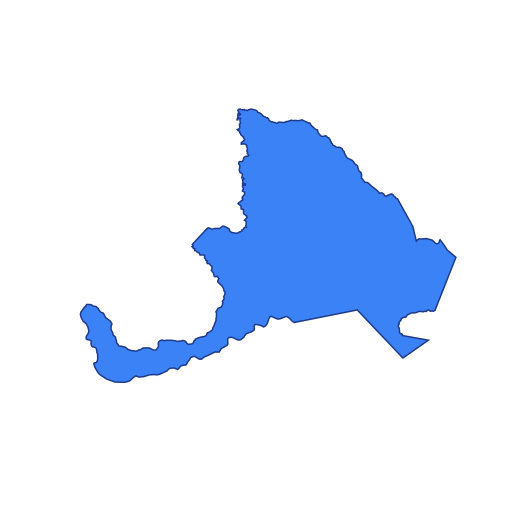 outline of Riachão, Maranhão, Brazil, rotated 71°
{"feature_id": "56859067B63630891842305", "entity_name": "Riachão", "entity_type": "district", "adm_level": 2, "iso_a3": "BRA", "parent_name": "Brazil", "parent_adm1": "Maranhão", "projection": "mercator", "projection_center": [-46.708, -7.747], "detail": "fine", "context": "isolated", "style": "filled", "palette": "blue", "viewbox_px": 512, "rotation_deg": 71, "n_neighbors": 0, "source": "geoboundaries", "source_scale": "gbopen_adm2", "svg_char_len": 6143}
<svg xmlns="http://www.w3.org/2000/svg" viewBox="0 0 512 512"><g transform="rotate(71 256 256)"><path d="M246.7,431.9L248.2,433.6L248.5,434.8L252.3,440.1L254.2,441.1L257.0,441.3L261.2,440.8L264.9,438.6L268.2,438.1L270.8,438.2L272.4,438.5L274.2,439.5L276.8,442.7L278.8,443.5L279.9,443.1L281.8,439.9L282.5,439.5L284.6,440.4L287.2,440.8L288.6,440.3L289.1,439.1L290.4,437.6L291.6,437.2L293.4,437.3L295.3,437.8L297.5,437.8L301.2,439.0L303.0,439.8L304.8,441.7L304.4,443.7L304.9,444.4L308.7,444.6L314.6,443.4L317.1,442.4L323.6,437.4L329.2,430.5L332.6,421.6L332.9,419.1L333.0,416.1L331.2,412.2L330.4,409.5L330.4,408.5L332.4,406.0L332.7,405.0L333.5,401.4L333.7,395.4L335.0,390.8L336.1,388.4L336.5,386.2L335.7,377.7L334.3,374.9L334.3,373.3L335.2,370.0L337.7,367.1L337.5,366.1L335.7,363.4L335.5,362.1L335.6,360.1L336.2,358.2L335.9,357.0L334.3,355.6L332.3,352.4L331.1,351.3L330.7,350.1L330.7,347.2L331.8,345.9L335.0,343.3L335.8,341.2L334.6,337.5L334.3,332.9L333.4,326.2L334.8,322.1L332.1,318.7L331.2,312.6L330.2,311.3L325.5,309.9L324.7,309.3L324.3,308.3L324.8,305.9L325.5,304.5L329.3,300.7L330.1,298.9L330.1,297.2L328.7,293.7L327.7,292.7L326.3,290.4L326.2,284.9L325.5,282.1L324.7,281.4L322.4,280.7L320.6,279.7L320.5,278.7L322.2,275.6L323.9,273.4L325.6,271.8L325.1,269.4L323.3,267.1L319.5,264.3L317.8,262.0L318.1,261.1L322.2,256.7L322.9,255.5L323.2,253.4L323.0,247.4L323.5,246.3L326.0,244.5L329.5,243.0L331.3,241.5L339.7,179.9L339.8,177.9L400.3,150.3L391.7,120.4L378.9,143.4L378.0,143.1L377.1,143.6L376.5,144.6L375.1,145.2L370.8,144.0L370.0,144.4L367.7,143.9L366.8,142.6L365.6,142.7L363.7,139.6L362.6,139.3L362.0,136.8L362.6,134.2L361.0,132.0L360.4,127.6L360.9,126.5L361.7,122.6L361.5,121.7L361.6,119.2L363.3,115.9L363.1,114.1L363.9,113.3L362.9,111.0L363.5,110.2L365.0,109.1L365.2,107.6L366.0,106.2L365.7,104.5L322.3,67.4L312.7,73.2L308.5,74.2L300.6,76.6L301.0,77.3L303.0,78.6L303.4,80.0L303.3,81.2L302.2,82.3L298.5,84.1L295.0,89.1L293.8,94.0L292.8,96.4L293.3,98.1L294.2,99.6L279.3,98.1L247.9,103.6L247.4,104.6L245.6,105.2L243.9,106.4L243.0,106.4L241.9,107.1L241.4,107.8L241.4,108.7L241.5,112.2L242.1,113.1L240.9,114.7L238.9,115.1L237.2,116.4L236.8,119.1L235.9,119.0L232.9,120.5L227.9,123.8L222.9,126.5L221.6,129.2L218.3,130.1L216.7,130.9L213.9,129.8L212.3,129.5L211.1,129.6L209.4,130.8L208.2,131.0L203.6,130.8L201.0,132.6L198.4,133.2L196.7,134.1L192.9,138.0L187.4,138.9L186.0,138.7L184.5,139.4L182.5,139.6L180.5,141.3L179.5,144.4L177.2,146.0L176.2,147.3L174.7,147.3L173.7,147.9L172.6,147.7L171.6,148.2L169.8,148.0L169.2,148.5L168.2,148.6L166.9,149.9L165.6,150.3L164.8,151.6L165.0,152.6L164.5,154.7L163.4,155.6L159.9,157.1L156.8,156.8L155.5,158.6L150.6,161.2L147.7,161.8L147.3,163.1L143.0,167.5L142.3,168.0L141.9,171.9L140.7,174.4L140.0,176.9L139.1,178.5L139.1,182.0L138.7,183.9L139.1,185.3L137.9,188.6L136.9,190.4L136.9,191.5L137.4,192.4L137.3,193.2L136.0,194.5L135.7,195.4L134.7,196.4L134.2,197.7L132.1,199.5L130.6,199.4L129.0,200.1L128.6,201.3L127.3,202.2L126.7,203.3L123.5,204.8L121.6,206.2L120.8,207.7L119.7,207.6L118.0,208.8L115.5,212.6L115.3,215.3L115.7,217.0L114.8,217.5L114.5,219.3L113.6,219.5L113.4,221.1L112.6,222.6L111.8,223.3L111.7,224.5L112.3,225.8L114.4,225.4L115.5,226.5L116.2,224.7L117.0,224.5L117.5,225.8L116.7,227.1L117.6,227.8L118.8,227.7L120.0,229.0L121.0,229.6L121.3,228.8L119.6,227.7L120.9,225.8L121.8,226.9L125.5,227.5L126.0,228.7L129.7,229.7L130.5,230.5L130.2,231.2L130.3,232.6L131.5,232.1L133.0,230.8L134.0,231.3L135.1,230.8L136.7,230.8L138.8,229.5L141.5,228.9L142.4,228.9L144.2,233.1L145.6,233.5L146.0,230.8L147.5,229.2L148.5,228.7L149.6,229.4L150.9,229.0L152.0,229.2L153.5,230.4L154.4,230.5L155.1,230.1L156.2,230.9L158.3,230.1L159.1,231.2L158.4,232.8L158.9,235.3L161.1,236.8L162.3,238.4L161.4,240.6L161.6,241.5L162.4,242.1L163.6,242.4L165.5,241.8L169.4,243.9L171.8,243.9L173.5,242.5L174.5,242.2L177.4,244.1L178.0,242.6L179.1,242.2L179.4,243.9L182.3,244.4L183.2,245.2L184.4,245.1L185.9,246.2L188.2,245.9L189.5,247.4L190.3,247.7L191.8,246.1L194.0,246.6L195.5,249.5L197.0,250.3L197.7,249.8L198.8,250.5L198.8,251.8L199.6,252.9L199.8,254.8L200.7,256.0L203.2,254.3L204.3,254.0L206.6,254.8L207.5,253.3L208.2,252.7L210.9,253.8L212.3,253.8L213.2,252.9L214.3,252.7L214.9,251.8L216.6,251.8L218.4,255.3L219.1,254.4L220.4,254.2L223.1,255.1L224.1,255.9L225.6,255.7L225.3,257.7L226.8,259.6L226.7,260.8L227.6,261.4L228.0,262.6L227.9,264.4L228.3,265.9L228.1,267.2L225.7,271.5L223.9,272.7L222.0,272.5L221.2,272.8L217.3,276.7L216.9,277.7L218.1,281.5L216.6,285.6L216.3,289.0L214.0,291.5L213.8,292.7L224.3,312.5L225.8,312.0L226.5,312.5L226.3,313.4L228.6,312.7L229.1,311.5L230.1,312.1L231.1,312.1L231.5,311.0L233.5,310.2L234.4,308.8L236.8,308.6L238.1,304.9L238.8,304.4L241.1,305.4L242.2,304.7L244.0,304.8L244.8,303.5L246.4,304.7L247.4,304.3L247.9,302.8L251.6,301.2L253.7,301.7L255.0,302.9L258.3,301.8L261.5,302.1L262.2,301.7L262.6,299.5L265.1,298.4L267.0,300.2L267.9,300.6L268.7,300.4L273.2,297.9L276.1,297.3L278.7,297.6L280.2,297.1L282.4,298.1L283.9,299.8L285.0,299.8L286.3,300.3L287.9,302.6L289.1,302.4L291.9,304.1L292.3,305.0L293.0,305.4L293.1,308.9L295.8,312.1L297.0,311.9L300.6,313.2L302.4,314.3L303.8,314.6L306.2,316.9L308.5,318.5L309.3,319.7L311.6,321.3L312.8,324.5L312.8,327.0L315.1,329.0L315.3,331.4L314.7,334.3L314.6,337.5L315.0,340.5L315.9,341.3L316.2,342.5L317.2,343.1L318.1,344.3L318.2,345.4L317.8,347.6L317.0,349.4L314.1,350.3L313.0,351.1L311.9,353.0L312.0,354.4L311.1,358.0L308.5,362.6L306.8,367.2L306.0,370.7L304.8,372.3L304.9,374.7L305.5,375.9L306.5,376.8L308.1,377.3L309.3,377.3L311.3,379.5L312.3,381.3L311.6,383.5L308.2,386.9L306.8,390.6L306.2,393.0L307.0,395.4L306.7,397.3L307.0,399.8L306.8,401.0L305.9,402.1L305.0,404.5L302.8,407.3L299.6,409.3L297.3,413.0L296.7,414.6L295.7,415.2L294.9,415.1L292.8,416.1L290.0,415.5L289.1,415.7L287.7,415.3L286.6,415.4L284.0,416.9L282.2,416.4L279.6,416.9L277.2,416.7L274.7,415.6L274.0,414.7L272.8,414.3L270.1,415.0L265.1,418.3L261.2,418.8L260.0,419.2L259.0,420.6L258.0,421.4L255.5,422.2L254.3,422.3L251.9,423.5L251.0,424.7L250.5,426.3L249.0,427.1L248.1,428.1L246.7,431.9ZM184.4,245.1L183.7,243.3L184.6,242.6L185.6,243.1L184.4,245.1Z" fill="#3b82f6" stroke="#1e3a8a" stroke-width="1.5"/></g></svg>